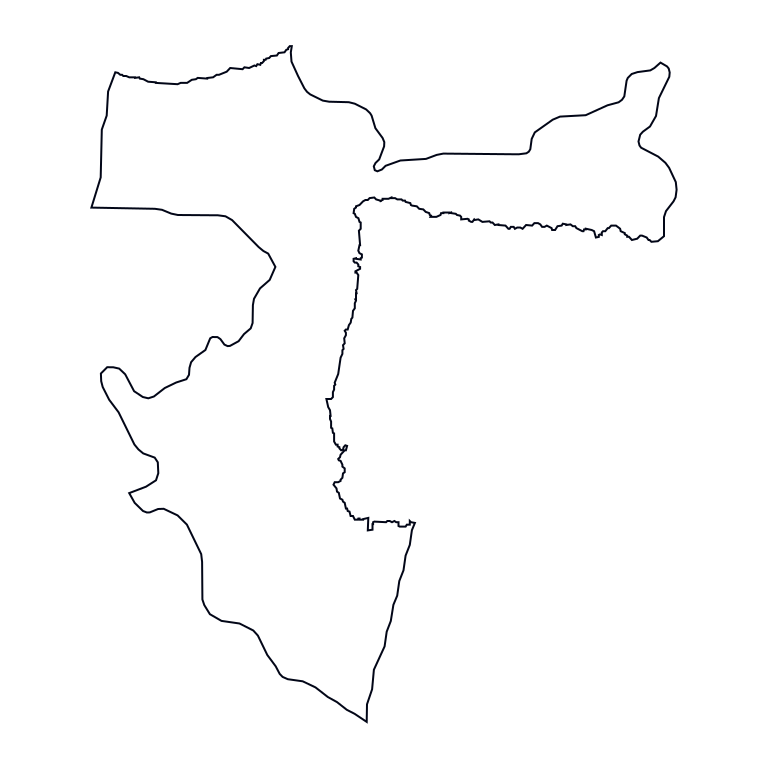 outline of Sánchez, Samaná, Dominican Republic
{"feature_id": "3306468B64693584443826", "entity_name": "Sánchez", "entity_type": "district", "adm_level": 2, "iso_a3": "DOM", "parent_name": "Dominican Republic", "parent_adm1": "Samaná", "projection": "orthographic", "projection_center": [-69.614, 19.143], "detail": "fine", "context": "isolated", "style": "outline", "palette": "ink", "viewbox_px": 768, "rotation_deg": 0, "n_neighbors": 0, "source": "geoboundaries", "source_scale": "gbopen_adm2", "svg_char_len": 6042}
<svg xmlns="http://www.w3.org/2000/svg" viewBox="0 0 768 768"><path d="M100.9,373.5L101.2,381.2L102.7,387.0L109.2,399.8L118.6,412.3L134.4,444.5L138.4,449.4L143.2,453.4L154.7,457.6L157.8,462.3L158.3,473.2L156.0,480.3L146.0,486.7L129.2,493.1L134.7,502.9L143.0,511.0L146.9,512.5L149.8,512.4L158.1,509.0L163.7,508.8L177.6,515.4L186.9,524.6L201.2,554.1L202.1,561.9L202.4,599.5L204.3,605.1L209.9,614.2L221.5,620.9L239.5,623.5L253.3,630.5L257.9,635.6L267.3,655.0L275.7,666.3L279.7,673.9L282.6,676.9L287.8,679.2L302.7,681.3L315.5,687.4L327.8,697.0L337.0,702.1L346.8,709.8L354.6,713.8L366.7,721.9L367.0,704.3L372.1,689.3L373.9,669.7L384.6,646.4L386.7,631.7L390.8,621.0L393.4,604.8L397.2,595.7L399.3,581.0L403.5,570.3L405.6,555.6L409.8,544.9L411.9,530.2L414.9,522.9L411.0,522.2L409.8,521.0L409.8,524.7L406.8,524.7L405.6,526.6L399.7,526.6L398.5,526.0L398.5,522.2L396.2,522.2L394.4,521.0L392.0,522.2L389.7,521.0L387.3,521.0L386.1,522.2L374.3,521.6L373.1,522.2L373.1,524.1L372.5,524.1L372.5,529.7L367.8,530.4L368.3,517.9L363.1,519.1L363.1,519.7L359.5,519.7L359.5,518.5L358.3,518.5L357.7,519.7L354.8,519.7L353.0,516.0L350.6,516.0L349.5,511.6L347.7,511.0L347.1,508.5L345.9,508.5L344.7,502.8L343.0,501.6L342.4,499.7L340.0,498.5L338.8,492.8L337.0,491.6L336.5,488.4L333.5,484.7L334.7,482.2L338.2,482.2L340.6,480.9L340.6,479.7L342.4,477.8L343.0,473.4L344.7,472.2L344.7,468.4L342.4,466.6L342.4,464.7L340.6,460.9L338.8,460.3L338.2,459.0L340.0,457.2L340.6,454.7L344.7,450.3L345.9,450.3L347.1,445.9L345.3,445.3L343.6,447.2L343.0,449.7L341.2,450.3L339.4,448.4L339.4,447.2L337.6,446.5L337.6,444.7L335.9,444.7L334.1,441.5L334.1,433.4L332.9,432.8L332.3,428.4L331.1,427.8L331.1,421.5L330.0,419.0L330.0,415.9L330.6,415.9L330.0,410.2L328.2,407.1L326.4,399.0L331.1,399.0L332.9,397.1L332.9,392.1L334.1,389.6L334.1,385.8L335.3,384.6L334.7,382.7L338.2,374.0L340.6,357.7L342.4,353.9L342.4,350.2L343.6,348.9L343.0,345.2L344.7,343.3L344.2,338.3L345.9,335.2L345.9,332.7L344.7,330.8L345.9,329.5L347.7,329.5L348.9,325.1L350.7,322.6L351.3,318.9L352.4,317.6L353.0,310.8L354.8,308.3L354.8,303.2L356.0,300.7L355.4,299.5L356.0,299.5L356.0,293.2L356.6,293.2L356.0,290.1L357.2,288.9L358.3,275.1L356.6,272.6L355.4,272.6L355.4,271.3L360.1,268.8L360.1,267.0L358.3,266.3L358.3,264.5L356.6,262.6L354.8,262.6L353.6,261.3L353.6,258.8L356.0,258.2L356.0,258.8L360.7,259.5L360.7,258.2L361.9,257.6L361.9,254.4L359.5,253.2L358.3,250.7L359.5,245.1L360.1,245.1L358.9,230.7L360.7,228.8L360.7,222.5L359.5,221.9L358.4,218.2L356.0,216.9L354.8,213.8L353.6,213.2L354.2,208.8L356.0,207.5L356.0,206.3L359.5,205.0L363.1,201.3L365.4,200.0L367.8,200.0L369.6,198.1L374.3,197.5L376.1,199.4L380.2,200.6L380.8,201.9L380.8,200.6L382.6,200.0L382.6,198.8L388.5,198.8L391.4,197.5L391.4,198.1L395.0,198.1L397.3,199.4L401.5,199.4L402.7,200.6L405.0,200.6L405.6,201.9L410.3,203.1L410.9,205.0L412.1,205.6L416.8,206.3L419.2,208.8L423.3,209.4L425.7,211.9L429.2,213.1L429.8,215.0L431.0,215.6L430.4,216.9L436.3,216.9L440.5,215.0L441.1,213.1L443.4,213.1L443.4,212.5L449.3,212.5L449.3,213.1L451.1,212.5L451.1,213.1L455.8,213.8L457.0,215.0L460.0,215.6L461.2,216.9L461.2,219.4L467.6,218.8L468.8,219.4L468.8,220.6L471.2,221.9L472.4,221.9L474.2,219.4L474.7,220.0L478.3,219.4L482.4,221.9L489.5,221.3L490.7,222.5L492.5,222.5L494.8,225.0L498.4,224.4L498.4,225.0L505.5,225.6L508.4,228.8L509.6,228.8L510.8,226.9L513.7,226.9L514.9,228.8L517.3,227.5L520.2,227.5L522.6,228.8L526.1,225.0L532.1,225.6L534.4,223.1L538.0,223.1L540.3,224.4L542.1,226.9L544.5,226.9L546.8,225.6L551.6,228.1L552.1,230.0L555.1,230.0L557.5,226.2L561.6,225.6L562.8,223.7L566.3,224.4L566.3,225.0L570.5,224.4L572.8,226.2L575.2,226.2L576.4,228.1L582.3,231.2L583.5,231.2L584.1,229.4L585.8,229.4L585.8,228.7L591.7,230.0L594.1,231.2L595.9,237.5L598.8,236.9L598.8,235.0L600.0,234.4L601.8,235.0L601.8,232.5L603.0,231.2L605.3,231.2L607.7,228.1L608.9,228.1L611.2,225.6L616.0,225.6L620.1,228.7L620.7,231.2L624.8,233.1L624.8,234.3L627.2,235.6L627.2,236.8L629.0,236.8L631.9,240.0L637.2,238.7L640.2,235.6L642.0,235.6L646.7,237.5L648.5,240.0L649.6,240.0L651.4,241.8L657.9,241.2L664.0,236.2L664.0,217.1L666.0,211.1L673.5,201.4L675.6,197.3L676.6,189.7L675.8,182.1L669.1,167.8L665.4,162.8L658.2,156.6L641.1,147.7L639.5,145.5L638.5,141.5L640.2,134.7L642.9,131.7L650.0,126.5L656.0,116.0L658.9,98.1L669.3,76.8L669.7,72.5L668.7,68.5L667.0,66.4L660.5,62.6L654.4,68.0L650.3,70.4L637.5,72.1L631.7,74.0L627.8,77.9L626.6,80.7L624.3,96.4L622.0,99.8L618.6,102.3L607.5,105.3L585.7,115.2L560.0,116.6L552.7,119.7L534.8,132.4L531.7,138.9L530.3,149.2L528.8,151.7L526.4,153.3L518.6,154.3L443.3,153.6L436.7,154.9L426.0,158.9L400.4,160.5L385.6,165.8L381.9,169.5L377.4,171.3L374.8,170.2L373.8,166.3L375.5,163.0L379.2,159.4L384.1,146.4L384.3,142.1L382.6,138.0L375.4,128.2L371.6,115.6L370.1,113.2L366.1,109.4L354.8,103.7L348.8,102.2L329.1,101.7L322.8,100.6L310.2,94.4L307.0,91.8L304.4,88.4L298.0,75.9L291.5,61.6L290.8,52.4L291.8,46.1L289.8,46.1L288.1,48.0L288.1,49.2L286.3,49.8L284.5,52.3L278.6,53.0L276.9,55.5L270.9,56.1L269.2,58.0L266.2,58.6L265.6,59.8L263.9,59.8L263.9,61.1L262.1,63.0L260.9,63.0L260.3,64.8L257.4,64.2L256.2,66.1L254.4,65.5L249.1,68.0L244.4,67.3L242.6,69.2L230.2,68.0L226.7,71.7L219.0,74.8L216.6,74.8L213.1,77.3L207.2,78.0L207.2,78.6L197.7,77.9L195.9,79.2L191.8,79.8L187.1,82.9L180.6,82.9L177.6,84.2L155.8,82.9L155.8,82.3L148.1,81.7L143.4,79.2L139.8,78.6L139.2,77.3L135.1,77.9L135.1,77.3L129.2,77.3L126.2,76.0L123.3,76.0L122.1,74.8L120.3,74.8L118.0,72.9L115.3,72.3L108.1,91.5L106.7,115.6L101.8,129.6L100.7,177.4L91.4,207.6L154.9,208.8L162.0,209.8L171.2,213.6L177.9,215.0L218.0,215.3L225.5,216.3L232.1,220.1L258.7,247.1L263.4,251.0L268.2,253.6L275.4,266.9L269.7,279.9L260.0,288.4L254.0,298.8L252.9,305.1L252.6,323.0L250.7,328.4L244.0,334.1L238.6,341.2L230.0,345.9L227.6,346.1L224.4,344.6L220.4,339.1L217.5,337.1L212.5,337.0L210.2,338.3L205.4,350.0L195.5,357.0L191.1,362.2L189.5,367.8L189.0,374.8L186.4,379.2L176.2,382.5L164.8,388.0L153.9,396.5L148.3,398.3L142.8,397.0L134.1,391.2L125.2,374.3L119.2,368.6L113.4,367.3L107.2,367.2L100.9,373.5Z" fill="none" stroke="#020617" stroke-width="2"/></svg>